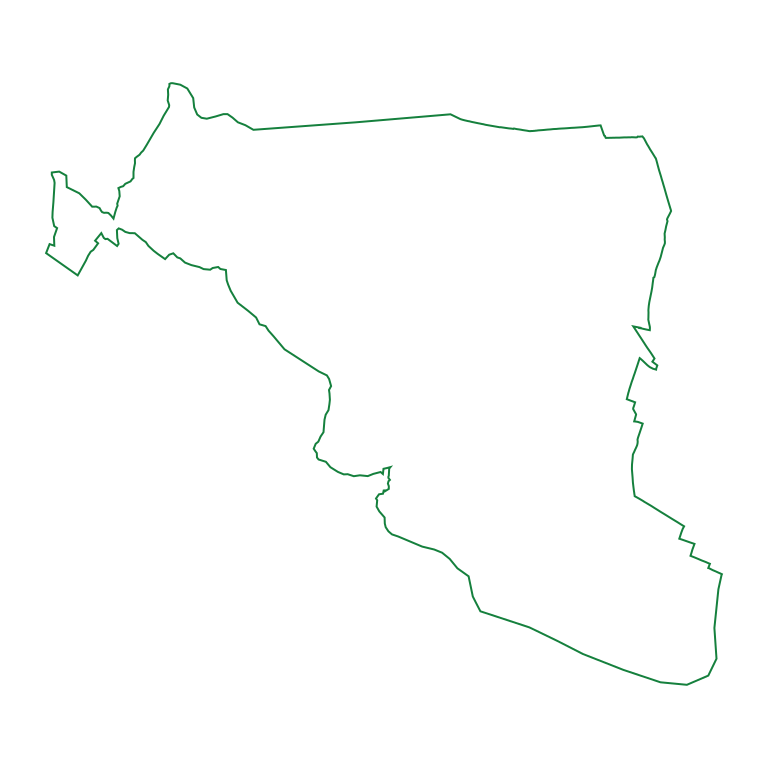 outline of Tampico, Tamaulipas, Mexico
{"feature_id": "50627088B71136761933939", "entity_name": "Tampico", "entity_type": "district", "adm_level": 2, "iso_a3": "MEX", "parent_name": "Mexico", "parent_adm1": "Tamaulipas", "projection": "robinson", "projection_center": [-97.894, 22.27], "detail": "fine", "context": "isolated", "style": "outline", "palette": "green", "viewbox_px": 768, "rotation_deg": 0, "n_neighbors": 0, "source": "geoboundaries", "source_scale": "gbopen_adm2", "svg_char_len": 6054}
<svg xmlns="http://www.w3.org/2000/svg" viewBox="0 0 768 768"><path d="M642.4,136.4L641.7,136.5L640.7,136.5L639.8,136.7L637.7,136.6L637.5,136.9L637.0,137.3L635.9,137.4L633.8,137.3L631.7,137.2L631.0,137.3L629.6,137.3L628.6,137.3L627.0,137.4L626.2,137.4L625.5,137.4L624.2,137.4L622.4,137.5L620.5,137.6L618.4,137.7L615.3,137.7L606.4,137.9L606.0,138.0L605.6,137.7L605.4,137.2L605.2,136.6L604.9,135.9L604.2,135.6L603.5,133.7L600.6,125.4L598.8,125.5L595.1,125.9L591.5,126.3L587.8,126.7L582.6,127.2L579.1,127.4L574.8,127.7L571.0,127.9L567.3,128.2L564.3,128.4L560.2,128.6L557.6,128.8L556.9,128.9L553.1,129.1L550.4,129.4L547.4,129.6L543.5,130.0L539.3,130.3L538.0,130.4L536.8,130.6L535.4,130.7L535.1,130.8L533.5,130.9L533.0,131.0L531.0,131.0L530.9,131.1L529.1,131.1L527.5,130.8L527.0,130.7L524.9,130.4L523.7,130.2L522.9,130.1L520.9,129.7L520.2,129.6L518.9,129.4L516.7,129.1L513.9,128.5L513.4,128.9L511.4,128.6L509.0,128.4L500.6,127.2L500.0,127.3L485.6,124.8L484.0,124.4L483.3,124.2L482.5,124.1L479.6,123.5L478.5,123.3L475.1,122.6L474.2,122.4L472.1,122.0L468.9,121.2L468.5,121.2L464.6,120.3L462.3,119.7L460.4,119.1L450.5,114.3L356.0,122.3L253.4,129.8L245.4,125.2L237.9,122.3L232.5,117.6L227.5,114.1L223.5,114.1L215.5,116.5L206.8,118.7L201.4,117.8L197.2,114.5L194.2,107.5L193.2,98.1L187.3,88.5L180.3,84.7L172.7,83.2L171.0,83.2L169.4,83.9L169.4,86.2L167.9,89.4L168.2,94.8L167.7,100.5L169.2,105.1L169.0,107.0L163.7,115.7L159.5,124.0L153.8,132.7L146.7,144.9L143.2,150.6L141.1,152.6L139.6,154.7L136.6,156.9L135.0,158.3L134.9,160.4L135.0,163.2L134.2,167.1L133.5,171.9L133.5,178.0L132.3,179.0L130.5,181.4L125.3,183.8L123.2,186.2L120.8,186.9L118.4,188.1L119.3,191.0L119.7,196.3L118.1,201.0L117.2,203.7L117.6,205.7L116.7,207.6L115.3,211.9L113.5,218.6L111.0,215.5L108.4,213.0L106.8,212.7L104.0,212.8L102.1,212.1L100.9,210.5L99.6,208.1L96.4,206.6L92.2,206.7L85.9,199.8L79.3,193.3L66.8,187.1L66.3,175.6L59.2,171.6L51.8,172.5L51.8,174.8L54.1,179.9L54.6,182.9L53.4,202.2L52.6,212.0L52.4,217.7L54.2,226.1L57.1,228.1L54.0,237.0L54.3,245.7L49.6,244.1L46.1,253.1L77.7,275.4L85.9,260.6L88.1,255.8L90.7,251.7L93.3,249.9L98.1,243.3L95.1,240.7L101.3,233.1L103.8,237.9L105.4,239.1L107.5,238.8L117.1,246.0L118.6,243.8L117.3,238.2L116.9,230.1L118.7,228.4L122.1,229.7L125.3,231.9L129.6,233.1L134.8,233.2L142.4,239.8L145.8,242.1L148.4,245.9L153.7,250.8L157.7,253.9L165.1,259.1L169.2,254.7L173.3,253.3L177.3,257.4L180.3,258.4L185.0,262.6L191.4,265.1L199.5,267.1L203.6,269.1L210.2,269.7L212.7,268.0L218.2,267.0L220.4,269.0L225.9,270.0L226.7,280.3L228.1,284.5L230.7,290.8L237.6,302.7L248.2,310.9L256.1,317.5L259.5,324.3L265.6,326.1L268.5,330.6L273.3,336.0L284.5,349.3L318.7,371.4L326.9,375.4L329.1,379.0L331.1,386.1L329.0,390.0L329.5,393.5L329.9,399.8L329.4,404.2L328.5,410.1L325.7,414.7L324.5,419.7L323.5,432.2L320.6,436.5L318.3,441.7L315.7,443.8L313.7,448.7L315.5,451.4L316.8,453.1L317.0,457.5L318.6,459.5L325.9,461.8L330.4,467.2L337.9,471.9L343.8,474.4L347.7,474.2L353.8,476.2L359.9,475.3L367.8,476.1L373.3,473.9L380.6,472.0L382.9,474.0L383.5,468.8L387.1,468.0L390.4,467.1L389.2,468.6L388.8,475.7L388.4,476.7L388.4,477.9L389.9,479.9L388.5,481.2L387.9,483.6L388.8,486.1L388.8,488.9L385.1,491.2L384.9,490.4L383.7,490.5L383.0,493.7L379.0,494.3L376.0,498.5L377.2,500.3L376.6,506.6L379.3,511.4L384.6,517.5L384.8,523.5L385.7,527.2L388.2,531.0L388.4,531.3L392.0,534.4L398.2,536.5L422.2,546.6L434.2,549.5L442.1,552.7L449.7,558.9L457.4,568.3L468.6,576.3L472.8,596.5L476.1,603.0L480.4,611.3L529.4,627.4L556.9,640.7L582.9,654.0L623.4,669.9L660.5,682.3L686.9,684.8L708.3,675.6L716.5,658.7L714.4,628.0L718.4,589.3L721.5,575.2L721.9,574.2L713.9,570.6L713.1,570.3L711.3,569.4L709.2,568.3L708.7,568.1L708.3,568.0L708.7,566.9L709.9,563.8L707.7,562.9L706.2,562.2L704.7,561.6L701.8,560.5L698.1,558.9L694.5,557.4L690.5,555.8L691.5,552.7L692.4,549.6L693.4,546.9L694.5,543.9L690.3,542.5L686.6,541.2L682.9,539.9L679.3,538.7L680.3,535.7L681.3,532.6L682.7,528.9L684.1,526.3L680.8,524.3L677.5,522.2L674.2,520.2L671.1,518.3L667.4,516.0L664.0,513.9L660.7,511.9L657.4,509.8L654.5,508.0L651.4,506.0L644.1,501.7L643.6,501.3L642.6,500.7L638.9,498.5L638.5,498.3L637.1,497.5L634.7,496.2L634.6,495.3L634.3,493.7L634.3,493.3L633.9,490.7L633.4,486.7L632.9,482.4L632.6,477.8L631.9,469.1L632.0,464.7L632.6,458.4L632.9,454.6L633.5,453.2L633.9,452.5L635.2,449.5L635.7,448.5L636.6,446.5L637.2,445.0L637.6,443.0L637.6,442.7L637.7,441.6L637.6,440.6L637.5,439.7L637.6,439.3L637.8,438.4L638.2,437.1L639.4,433.6L640.5,430.3L641.6,427.0L642.7,423.6L641.0,423.0L637.9,421.9L636.0,421.6L634.2,421.4L635.1,418.2L636.1,414.6L636.0,414.1L635.8,413.8L633.2,409.1L633.2,408.2L634.1,405.6L635.1,402.3L626.8,399.2L628.4,392.6L628.6,392.1L629.5,388.8L629.7,388.2L630.7,385.1L631.7,381.9L632.9,378.6L633.9,375.5L634.5,373.9L637.5,364.9L639.7,358.1L640.0,358.3L642.6,360.6L647.4,365.2L649.8,367.1L652.6,368.5L652.9,368.7L653.3,368.8L656.1,369.6L656.2,368.6L657.3,365.4L654.8,363.5L652.4,361.7L654.5,358.5L650.8,352.8L649.2,350.5L647.5,348.1L645.9,345.7L642.6,340.6L639.2,335.4L633.3,326.4L640.0,327.7L639.7,328.1L641.5,328.4L643.1,328.8L646.7,329.6L649.8,330.2L649.9,329.0L649.9,328.2L649.9,327.5L649.8,326.6L649.4,324.8L649.3,324.4L648.4,320.1L648.3,319.3L648.4,318.2L648.5,312.5L648.4,310.2L648.6,307.7L648.8,305.6L649.3,302.2L649.5,301.2L651.5,291.4L652.2,287.4L652.7,283.3L653.2,279.7L653.4,277.7L654.1,277.3L654.3,277.2L654.9,275.2L655.2,273.7L655.9,269.7L656.4,268.5L656.5,267.9L658.6,262.5L659.4,260.7L660.7,256.9L662.4,250.3L663.0,247.9L664.4,244.7L664.9,243.2L664.9,241.5L664.7,239.6L664.8,237.3L664.6,233.6L664.8,232.7L665.4,230.2L666.1,226.5L667.5,221.2L667.0,219.4L667.4,218.3L669.8,213.7L671.1,211.0L670.8,209.8L670.3,208.2L668.4,201.9L666.8,196.5L666.0,193.7L664.2,187.3L664.0,186.7L663.4,184.7L662.7,182.2L662.6,181.9L661.7,179.0L661.1,176.8L659.9,172.9L659.0,170.0L658.9,169.6L658.3,167.4L658.2,167.0L657.7,165.2L657.4,164.0L656.6,161.0L655.8,158.3L655.6,158.2L653.9,155.4L652.3,152.8L650.0,149.2L649.4,148.1L648.3,146.2L647.1,144.3L646.0,142.2L643.9,138.2L643.5,137.8L642.4,136.4Z" fill="none" stroke="#15803d" stroke-width="2"/></svg>